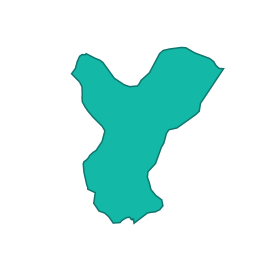 map outline of Amasya (Robinson projection), rotated 109°
{"feature_id": "TUR-2290", "entity_name": "Amasya", "entity_type": "Province", "adm_level": 1, "iso_a3": "TUR", "parent_name": "Turkey", "parent_adm1": "", "projection": "robinson", "projection_center": [35.812, 40.638], "detail": "fine", "context": "isolated", "style": "filled", "palette": "teal", "viewbox_px": 256, "rotation_deg": 109, "n_neighbors": 0, "source": "natural_earth", "source_scale": "10m", "svg_char_len": 1161}
<svg xmlns="http://www.w3.org/2000/svg" viewBox="0 0 256 256"><g transform="rotate(109 128 128)"><path d="M40.9,57.0L81.1,67.5L89.0,66.1L93.3,68.4L112.0,81.7L116.4,88.8L120.7,89.9L130.5,89.2L135.5,90.2L152.6,90.4L162.8,94.9L168.2,93.7L172.9,90.0L178.7,86.3L182.7,79.9L185.0,72.7L190.1,69.7L194.8,71.3L198.4,74.9L200.1,78.6L202.1,82.0L216.1,91.3L212.4,93.1L212.4,94.2L213.4,94.2L213.4,95.3L211.8,97.4L213.2,100.1L215.9,102.5L217.8,103.9L220.0,104.7L222.7,111.0L218.2,117.2L216.0,122.4L216.0,128.3L210.3,135.9L199.8,137.9L199.0,146.0L198.0,146.5L197.0,146.9L195.1,148.5L184.4,155.1L176.4,158.7L174.1,158.6L171.9,157.0L169.3,155.8L166.4,155.2L162.8,153.3L159.5,150.8L149.0,148.1L138.3,148.9L134.9,152.7L129.1,164.6L125.3,171.0L121.9,175.6L118.1,179.7L113.5,181.6L111.1,182.2L104.0,184.9L100.2,188.8L95.1,199.0L88.7,197.1L81.9,197.6L76.0,197.1L73.6,195.4L72.6,192.3L71.4,191.8L72.9,180.9L73.0,176.8L74.2,173.1L85.4,157.2L88.4,145.8L88.4,139.9L85.2,132.8L83.0,131.9L78.6,131.1L68.8,125.7L47.3,122.3L43.2,119.9L39.7,114.3L34.5,103.8L33.3,99.5L35.3,89.2L35.7,73.4L37.3,68.6L40.1,65.4L42.0,61.4L40.9,57.0Z" fill="#14b8a6" stroke="#0f766e" stroke-width="1.5"/></g></svg>